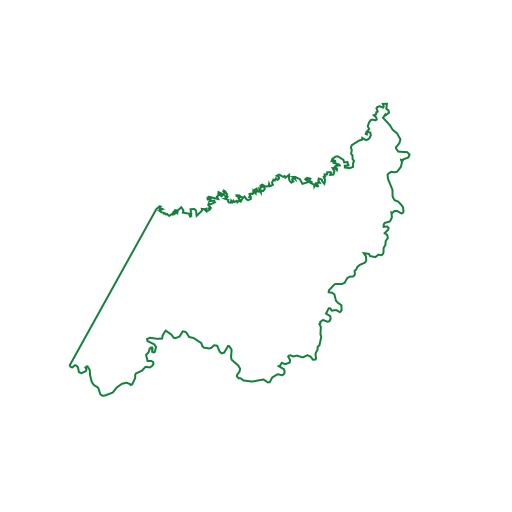 El Encanto, Amazonas, Colombia (orthographic projection), rotated 299°
{"feature_id": "7082276B15462988930410", "entity_name": "El Encanto", "entity_type": "district", "adm_level": 2, "iso_a3": "COL", "parent_name": "Colombia", "parent_adm1": "Amazonas", "projection": "orthographic", "projection_center": [-72.847, -1.998], "detail": "fine", "context": "isolated", "style": "outline", "palette": "green", "viewbox_px": 512, "rotation_deg": 299, "n_neighbors": 0, "source": "geoboundaries", "source_scale": "gbopen_adm2", "svg_char_len": 6133}
<svg xmlns="http://www.w3.org/2000/svg" viewBox="0 0 512 512"><g transform="rotate(299 256 256)"><path d="M70.1,146.1L69.2,147.5L69.4,149.3L72.6,150.6L73.1,152.0L72.1,154.5L68.6,157.4L68.8,160.1L73.0,163.1L74.8,162.6L75.8,160.8L77.6,161.7L77.7,161.1L77.7,162.3L75.6,166.0L71.6,168.4L66.3,173.3L64.6,176.6L64.3,181.8L59.5,187.0L59.4,189.7L60.9,191.7L67.1,196.9L73.6,198.0L79.2,200.7L82.3,204.0L83.1,209.2L81.6,208.3L83.8,210.0L90.7,209.5L93.4,208.0L95.0,207.9L100.5,211.9L105.1,213.0L106.7,214.7L106.0,214.4L107.1,217.2L109.5,218.5L112.0,218.6L113.3,217.6L113.5,215.4L111.6,212.1L116.2,207.8L119.5,208.7L123.7,207.9L125.0,208.5L125.6,209.4L125.1,210.2L124.0,210.8L124.1,209.3L123.8,210.7L121.9,211.6L122.0,213.3L123.1,214.0L128.1,212.6L129.4,209.8L129.0,202.3L130.6,201.0L133.1,202.9L135.7,209.8L138.3,213.9L141.5,212.8L146.9,213.2L146.3,219.8L144.6,223.7L145.1,225.4L148.5,228.2L154.6,228.5L155.3,230.7L155.2,232.4L152.7,236.7L154.0,241.2L153.3,250.4L151.0,253.0L150.6,254.9L152.5,260.0L154.1,261.5L157.6,262.6L158.7,265.5L154.8,270.5L154.1,273.0L156.0,275.0L163.7,275.2L164.2,276.1L162.3,280.0L155.0,283.5L153.5,285.0L151.6,293.6L149.7,296.8L146.8,297.6L142.5,297.1L141.4,297.8L140.6,300.1L141.6,301.8L141.1,305.5L144.3,313.5L151.6,322.4L151.2,327.6L152.3,329.2L157.8,329.1L163.2,332.4L164.4,336.8L166.8,337.8L169.1,336.9L170.5,335.3L170.7,329.3L171.8,330.2L175.0,330.3L175.6,334.0L179.1,337.1L181.4,336.4L183.6,332.9L184.8,333.1L185.9,334.4L186.1,337.1L188.7,340.1L190.0,346.1L194.1,349.0L194.5,352.3L192.9,356.2L194.3,358.2L195.5,358.2L199.3,355.4L203.8,355.2L206.6,354.0L208.5,354.8L216.9,352.3L218.8,350.3L225.4,347.1L227.2,344.4L228.3,345.0L229.4,344.1L232.5,345.6L233.2,350.5L234.7,351.9L237.5,351.6L239.4,350.0L239.6,345.2L245.5,345.0L246.2,346.4L244.9,348.7L247.6,352.3L247.5,356.6L250.0,357.2L254.4,354.5L254.7,350.4L255.7,347.6L260.5,343.1L260.7,340.2L259.5,337.2L261.3,336.4L268.9,338.3L270.2,339.2L272.8,344.3L275.4,346.5L280.8,346.5L283.4,348.0L284.8,350.5L286.4,351.4L288.1,351.3L290.9,349.4L292.8,350.2L295.6,349.9L298.6,351.1L302.8,354.4L305.3,354.7L308.9,352.5L310.7,348.9L312.6,353.8L311.2,355.8L313.0,361.0L316.5,362.4L317.4,365.2L318.5,365.9L320.7,365.9L324.9,363.7L328.4,363.8L331.9,362.2L335.7,362.6L338.0,360.5L338.4,357.4L343.2,358.9L344.8,358.5L345.3,356.2L343.4,353.5L345.6,352.4L347.4,352.6L350.8,356.1L352.1,356.4L355.8,356.1L359.8,353.3L359.9,354.4L362.4,355.3L363.8,357.4L363.7,362.6L365.0,363.5L366.6,363.4L369.9,360.9L371.2,358.2L372.5,353.9L372.0,350.4L372.9,348.5L374.6,346.4L380.0,343.3L387.4,334.1L390.6,331.8L392.1,331.8L395.2,333.5L396.5,336.8L398.2,338.6L404.1,339.5L408.4,338.4L410.5,336.3L411.0,338.1L411.7,337.8L416.1,341.5L419.2,341.1L420.1,337.9L416.3,329.9L417.8,326.6L418.9,325.7L424.1,326.7L428.0,325.8L431.7,319.8L432.7,314.3L435.3,309.7L438.5,300.1L442.6,300.5L442.1,301.3L445.8,302.8L447.7,301.1L447.9,298.6L452.6,296.7L450.5,293.2L448.6,295.3L447.3,295.2L447.0,291.6L444.7,289.7L443.5,289.8L441.3,292.5L440.0,291.5L438.3,292.4L436.2,290.7L435.5,294.0L433.9,295.4L432.5,294.6L431.8,291.8L430.5,290.5L427.6,290.1L423.6,290.9L421.9,293.5L418.0,292.5L415.9,292.9L416.1,294.0L417.6,293.1L418.7,293.5L419.4,296.1L417.3,297.9L413.5,298.1L410.7,296.2L410.8,291.7L409.3,292.5L407.1,290.3L399.3,286.0L396.7,286.5L395.3,288.3L391.3,289.8L390.8,291.6L387.6,293.5L386.6,295.7L384.4,295.8L381.0,297.7L378.3,295.4L376.5,290.8L378.0,289.9L380.1,292.9L382.5,290.3L380.6,287.8L382.5,285.8L382.8,279.1L381.6,277.5L378.0,275.7L375.8,276.1L377.4,277.6L377.6,279.0L377.1,279.5L375.9,278.1L375.0,278.5L376.3,284.5L375.8,285.3L373.5,282.1L372.1,281.7L371.8,284.3L370.3,285.1L370.9,282.2L370.0,280.4L367.8,283.7L364.7,284.2L362.9,281.6L365.3,281.4L365.5,280.7L363.7,277.7L361.9,278.6L360.6,276.4L359.3,277.5L357.3,276.4L358.6,277.9L357.1,277.9L356.2,279.6L352.3,280.8L353.3,277.9L354.7,276.6L354.2,273.4L352.5,273.7L350.9,276.3L350.1,274.3L349.1,274.0L347.1,276.4L346.3,275.0L347.8,273.0L345.3,273.2L346.5,272.4L346.4,268.9L348.5,268.8L346.4,268.0L346.5,266.6L349.9,266.1L349.0,262.7L347.0,261.9L346.7,262.9L348.3,264.1L347.0,264.1L346.4,265.6L345.7,265.6L341.6,261.6L344.5,257.1L344.1,251.7L343.0,250.0L343.0,252.1L342.1,253.1L342.4,251.6L341.0,250.5L340.1,250.6L339.3,252.6L337.3,251.4L338.0,249.0L339.6,247.4L343.0,245.6L338.8,243.8L339.8,242.3L338.4,241.5L338.4,236.7L336.2,235.3L336.1,237.8L335.0,238.6L333.0,237.9L333.6,235.8L331.2,235.9L331.2,234.2L327.8,234.5L326.6,236.3L324.7,235.2L323.8,234.4L325.4,232.5L323.2,233.3L321.3,230.5L321.5,226.9L319.8,225.8L317.7,226.9L320.1,228.2L320.2,229.8L318.8,231.2L316.3,230.8L315.8,228.4L313.9,229.5L315.3,226.9L313.9,227.8L313.1,225.8L315.2,223.9L312.5,222.4L312.0,224.8L310.6,225.4L311.9,222.0L310.8,222.5L311.0,223.9L308.3,222.8L308.3,221.5L306.9,220.3L306.3,221.4L304.4,221.5L305.2,222.8L303.4,223.8L300.9,222.0L301.1,219.8L302.5,217.2L301.1,216.8L300.3,214.3L300.9,212.1L299.6,209.5L299.1,209.9L299.6,211.2L298.6,212.2L299.8,213.5L298.1,212.9L296.6,214.7L298.8,216.3L296.1,216.3L296.0,214.2L293.9,213.7L294.9,212.4L292.7,211.0L293.5,209.5L291.6,209.4L292.4,207.5L290.5,208.2L289.7,206.5L290.1,205.2L291.6,204.7L291.0,200.8L292.1,202.0L293.3,200.3L293.2,202.0L294.0,202.4L294.6,201.0L295.9,200.9L297.6,197.6L297.6,196.0L296.7,196.0L295.8,198.4L291.7,197.0L291.9,195.6L292.9,197.0L294.0,196.6L293.7,192.2L291.8,193.1L292.6,194.7L289.0,193.0L287.5,195.3L284.9,185.9L283.1,185.4L282.1,186.4L284.7,188.8L281.4,188.8L284.2,192.6L283.0,194.0L279.2,191.2L278.9,189.2L277.5,189.5L276.3,192.9L275.0,191.7L275.0,193.1L274.1,193.0L272.1,191.8L272.1,190.6L273.2,189.6L272.4,188.9L271.3,190.0L271.8,187.8L271.0,185.8L270.2,186.6L268.9,186.6L262.4,184.6L266.7,181.5L267.2,179.3L265.2,176.1L259.6,180.0L258.5,179.4L259.3,178.2L261.1,178.6L258.5,171.0L260.7,170.4L262.4,167.0L257.9,165.5L256.4,162.1L256.5,166.0L255.2,166.5L255.5,164.7L253.3,164.4L253.7,163.0L255.0,163.9L254.6,162.5L253.1,162.6L251.4,163.8L252.3,162.3L249.0,160.6L249.6,157.7L248.7,157.2L249.1,155.9L248.4,155.1L249.1,154.4L248.4,152.2L248.8,149.2L251.7,151.6L251.6,150.5L250.1,149.9L251.4,148.2L253.0,148.6L252.8,147.6L248.6,146.1L70.1,146.1Z" fill="none" stroke="#15803d" stroke-width="2"/></g></svg>